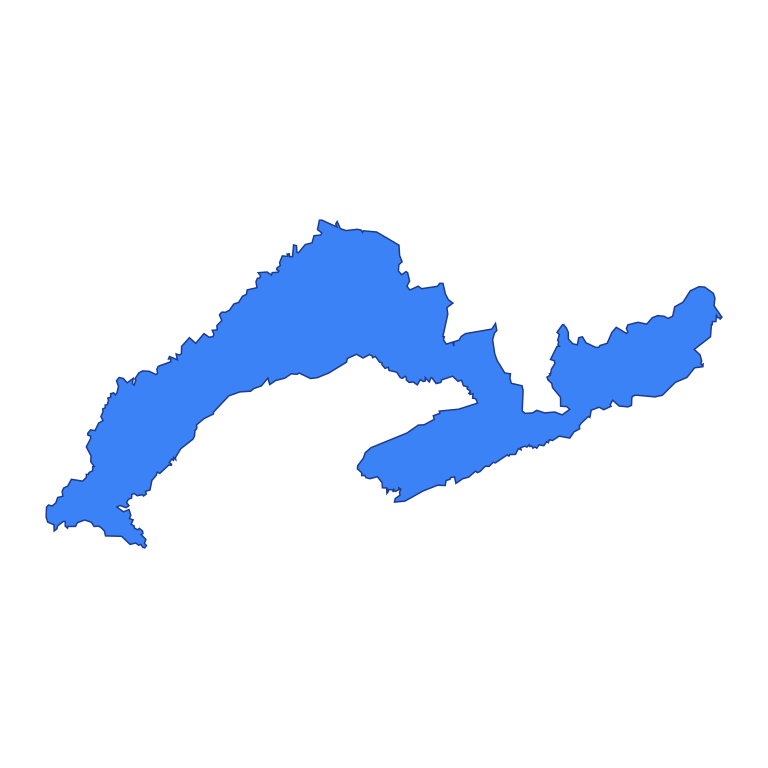 Tlaltetela, Veracruz, Mexico
{"feature_id": "50627088B55726085156575", "entity_name": "Tlaltetela", "entity_type": "district", "adm_level": 2, "iso_a3": "MEX", "parent_name": "Mexico", "parent_adm1": "Veracruz", "projection": "natural_earth1", "projection_center": [-96.832, 19.284], "detail": "fine", "context": "isolated", "style": "filled", "palette": "blue", "viewbox_px": 768, "rotation_deg": 0, "n_neighbors": 0, "source": "geoboundaries", "source_scale": "gbopen_adm2", "svg_char_len": 6086}
<svg xmlns="http://www.w3.org/2000/svg" viewBox="0 0 768 768"><path d="M48.5,505.0L46.5,507.1L46.1,517.1L47.8,522.2L54.0,524.7L54.2,531.0L56.9,528.8L57.6,525.9L63.4,521.4L65.3,521.6L65.2,526.1L67.5,528.1L67.7,526.5L75.6,526.4L77.3,522.7L84.7,520.0L91.3,522.2L94.1,526.5L98.7,526.1L101.6,528.1L104.5,531.2L105.5,535.9L121.6,536.3L130.1,544.4L135.8,543.0L138.6,545.2L140.9,544.4L142.7,547.3L144.7,547.9L146.5,545.6L144.4,543.4L145.9,539.4L141.1,534.6L142.9,533.6L142.6,531.1L139.4,528.4L137.7,529.8L134.5,528.2L134.2,526.1L131.2,524.2L133.1,519.8L129.4,518.6L130.8,515.3L129.0,509.6L123.5,511.8L116.8,507.0L119.9,505.5L126.1,507.7L129.0,505.7L126.6,502.6L128.3,499.3L131.6,498.0L131.8,494.4L134.2,493.5L137.2,495.7L142.5,494.7L143.5,496.0L146.3,494.0L145.5,491.3L150.0,490.0L151.9,480.4L156.1,475.5L157.3,472.1L159.8,473.4L168.8,465.0L171.2,465.3L171.6,464.2L169.2,462.5L171.8,459.1L173.4,460.3L173.6,457.5L175.7,459.6L175.4,457.6L180.7,448.8L192.9,439.2L194.5,436.2L194.9,431.0L196.8,428.4L196.6,424.8L204.0,418.6L213.4,414.0L213.5,412.1L228.9,395.8L239.9,391.9L250.6,391.2L253.9,388.5L261.4,385.9L267.9,378.0L269.7,384.6L275.7,380.5L285.0,378.1L291.2,373.8L297.0,374.3L299.1,373.0L310.5,378.5L317.2,377.7L328.6,373.1L346.5,362.2L347.3,358.5L356.5,354.3L363.0,358.0L369.5,354.6L372.0,355.7L372.7,357.7L375.4,356.4L379.6,362.1L382.1,363.0L382.0,364.8L385.1,368.4L388.2,367.2L389.0,370.4L396.7,372.2L400.3,377.6L402.7,378.3L404.8,376.3L406.3,377.3L406.3,380.0L409.1,382.4L413.3,382.0L417.3,384.9L420.4,379.6L423.1,381.5L425.3,381.0L425.2,377.6L429.3,382.0L431.0,377.6L432.0,377.9L436.2,383.6L440.9,382.4L441.7,379.8L452.6,376.2L458.0,381.3L461.5,380.2L463.5,385.8L467.7,386.9L467.1,388.8L470.3,391.1L469.0,393.3L470.2,393.2L470.0,394.4L473.0,393.7L472.6,398.2L475.7,398.7L477.6,403.1L458.7,409.2L439.3,411.1L439.9,413.4L433.3,415.7L434.2,419.4L424.1,424.8L418.3,425.1L407.0,433.0L371.0,447.7L365.2,452.8L363.4,458.2L357.7,465.7L357.4,468.9L361.7,472.7L361.7,475.6L364.6,475.4L366.1,477.7L369.9,478.7L377.4,476.7L382.1,482.7L382.4,487.8L386.7,488.0L386.9,493.4L388.5,491.3L388.1,489.4L392.7,490.0L393.3,492.1L393.6,489.6L395.3,491.5L399.0,489.6L398.8,487.9L400.8,489.0L399.5,492.5L400.1,495.1L395.2,498.6L394.5,502.1L404.9,501.1L423.0,491.0L437.6,485.2L445.2,485.5L446.1,480.5L450.0,479.3L450.4,477.7L454.5,476.9L455.9,483.4L462.8,478.7L468.7,477.1L475.5,471.2L477.4,472.6L479.9,471.6L485.3,466.2L489.1,466.4L493.2,462.3L495.4,462.9L507.1,455.0L508.9,456.1L509.6,454.6L515.5,454.4L518.4,448.6L521.1,449.8L520.6,447.7L524.8,446.2L526.9,447.1L529.1,444.8L529.6,446.5L531.7,446.0L532.9,448.2L534.9,446.9L536.8,448.2L539.1,444.8L543.8,445.7L546.7,441.6L548.3,442.7L549.4,439.8L552.6,440.5L559.2,436.1L569.8,438.1L574.0,431.9L579.7,428.8L579.3,425.9L581.3,423.1L588.3,416.5L589.9,417.4L591.2,410.2L599.1,407.2L603.7,409.7L611.1,406.3L610.2,404.6L612.7,400.2L619.1,406.0L627.8,406.9L631.5,405.4L631.8,398.0L632.5,396.3L635.7,395.1L655.0,396.9L662.4,395.2L675.4,382.3L686.9,377.5L694.6,367.8L702.9,366.7L703.1,364.0L701.7,364.8L700.8,363.1L701.7,361.1L700.0,354.8L694.2,349.4L710.5,336.8L711.4,324.6L712.3,324.6L712.4,321.6L715.9,321.6L716.4,315.4L717.9,317.8L720.3,317.9L719.8,319.5L721.9,317.2L714.1,305.8L714.9,298.1L713.4,293.4L704.8,287.1L699.0,286.7L690.3,290.8L683.0,302.2L674.7,306.8L672.7,316.2L668.0,318.4L664.2,316.3L657.7,315.6L652.3,317.7L646.7,324.1L638.0,322.3L627.9,324.8L626.4,328.4L627.8,332.1L626.6,333.5L616.3,327.3L611.8,332.6L607.2,343.3L600.0,345.5L598.9,347.3L595.8,347.4L586.0,342.8L582.4,336.8L578.8,337.7L577.3,344.8L572.8,343.8L568.4,339.0L568.3,332.4L566.4,328.0L563.7,324.6L562.4,324.8L557.0,332.3L559.4,334.5L557.6,340.5L558.7,341.4L558.0,344.9L559.3,346.2L556.9,346.6L550.5,359.5L554.3,360.7L554.9,363.4L551.4,369.2L550.6,373.8L549.6,373.8L550.3,375.1L547.0,377.1L547.8,379.7L551.8,383.5L552.5,387.5L560.5,397.2L560.6,406.2L566.8,406.6L569.7,409.3L562.2,414.9L554.8,412.0L544.6,412.9L536.7,410.3L532.5,412.9L525.2,413.4L522.2,411.0L523.1,390.8L522.1,385.8L511.3,383.3L509.9,378.3L510.5,373.8L504.8,373.0L497.2,360.6L494.8,354.1L492.6,339.6L494.6,332.8L496.8,330.5L495.5,323.4L491.8,329.1L465.6,333.6L461.3,336.4L459.0,340.1L453.8,341.8L453.9,346.1L452.6,342.1L446.3,344.1L443.5,339.9L444.3,336.7L442.9,336.4L447.8,314.1L446.9,307.6L452.9,303.1L448.3,299.6L445.4,294.0L443.0,283.4L439.8,283.3L437.4,286.3L421.6,288.7L418.2,286.2L409.9,290.0L406.9,286.2L409.6,280.9L407.6,272.7L406.0,271.6L401.7,274.7L398.4,271.0L398.9,264.6L402.1,261.8L399.6,255.5L399.0,245.2L376.6,232.0L363.3,230.8L362.6,232.4L361.0,230.0L357.2,229.3L346.1,230.6L340.3,228.6L337.2,221.5L335.7,224.0L336.9,227.0L321.8,220.1L319.4,220.2L317.5,229.6L321.8,232.9L320.8,235.0L314.0,235.7L312.0,242.9L305.3,244.5L298.4,252.8L296.9,252.2L296.5,245.7L293.6,244.9L292.5,256.6L289.7,256.8L289.3,253.8L287.1,254.1L288.1,255.9L287.1,256.3L282.3,255.9L279.6,262.6L280.3,265.5L277.0,267.9L276.6,269.6L278.9,271.0L278.0,272.2L272.2,272.6L271.4,275.0L267.1,272.0L258.2,272.7L260.5,275.7L259.7,278.2L257.5,278.2L256.0,281.6L256.9,287.7L247.2,289.9L246.4,294.4L242.4,296.3L238.7,302.4L233.8,304.0L229.5,310.2L225.4,312.3L222.0,312.1L220.1,313.8L219.5,315.0L221.8,320.5L216.9,325.6L217.1,329.9L212.2,330.3L213.9,334.2L212.9,336.7L209.0,337.2L204.0,333.6L195.7,343.3L189.4,337.7L181.6,346.4L181.4,353.7L179.5,355.0L176.1,353.9L177.4,359.8L169.5,356.5L168.5,359.0L170.8,358.9L170.8,361.7L158.3,366.3L156.9,369.0L157.5,373.1L156.1,374.6L149.2,371.3L142.7,370.9L139.0,372.8L134.8,379.0L135.9,379.9L134.1,385.1L132.5,383.7L133.2,378.4L127.1,382.8L123.4,378.5L119.1,377.5L116.5,380.7L118.5,386.5L116.8,393.2L115.3,394.9L113.7,392.8L110.6,393.7L110.8,397.1L107.8,398.1L108.5,400.2L107.3,404.7L105.2,405.0L105.2,407.9L102.8,408.8L102.9,412.2L100.9,416.6L103.0,420.6L98.7,423.0L95.0,430.6L90.5,429.9L87.7,433.4L88.0,435.3L90.5,435.9L90.6,438.6L86.3,446.9L91.0,455.8L90.8,461.8L94.2,466.4L92.7,466.7L92.6,470.8L89.2,472.4L88.1,474.6L86.4,474.3L86.3,477.6L82.5,481.1L71.4,479.3L67.7,486.1L63.7,488.0L62.1,491.5L62.9,496.2L57.7,497.5L55.8,502.9L52.1,506.0L48.5,505.0Z" fill="#3b82f6" stroke="#1e3a8a" stroke-width="1.5"/></svg>